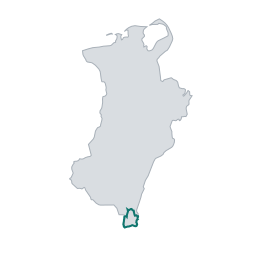 Koytendag, Chardzhou, Turkmenistan (highlighted), rotated 73°
{"feature_id": "10190150B64529450546528", "entity_name": "Koytendag", "entity_type": "district", "adm_level": 2, "iso_a3": "TKM", "parent_name": "Turkmenistan", "parent_adm1": "Chardzhou", "projection": "orthographic", "projection_center": [66.04, 37.77], "detail": "fine", "context": "in_parent", "style": "outline", "palette": "teal", "viewbox_px": 256, "rotation_deg": 73, "n_neighbors": 0, "source": "geoboundaries", "source_scale": "gbopen_adm2", "svg_char_len": 4659}
<svg xmlns="http://www.w3.org/2000/svg" viewBox="0 0 256 256"><g transform="rotate(73 128 128)"><path d="M78.2,80.3L88.9,82.1L92.2,82.8L93.7,81.4L93.7,81.0L93.2,80.6L92.5,79.4L92.6,72.0L93.6,71.1L94.8,70.4L96.5,68.2L97.4,67.6L98.7,67.1L102.8,67.4L104.6,67.1L106.3,64.5L106.7,63.0L107.9,61.9L108.6,62.0L111.2,63.3L111.8,63.9L112.5,65.9L113.6,65.8L113.8,65.5L113.7,65.1L113.0,63.8L111.5,61.5L109.9,60.0L109.8,59.5L111.4,58.5L114.2,59.2L115.0,59.0L115.9,57.3L119.4,61.5L120.1,61.9L123.1,62.7L123.5,63.3L124.4,65.6L125.4,66.3L126.7,66.8L132.1,67.3L133.7,68.9L134.0,69.3L133.5,70.3L133.3,72.4L132.8,73.2L133.1,73.5L134.9,74.5L136.0,75.9L136.1,76.5L135.7,76.8L134.8,76.6L134.3,77.2L134.3,78.2L134.9,79.3L135.0,80.2L133.9,82.3L133.8,83.2L134.1,83.7L138.8,87.3L139.6,87.4L144.5,87.1L145.4,87.5L149.6,88.4L150.8,88.4L151.6,87.4L152.4,87.0L153.1,87.0L155.1,87.8L157.2,89.3L158.5,90.6L159.2,91.8L160.8,98.2L162.0,100.8L163.5,102.2L164.4,104.7L165.1,110.2L165.7,111.3L167.9,113.5L179.6,122.7L183.2,126.7L188.7,130.6L190.8,130.2L195.2,134.3L198.0,135.9L201.6,138.4L209.2,143.9L210.9,144.1L212.7,143.4L214.3,143.8L217.2,145.2L220.4,147.3L223.0,148.0L223.8,149.0L223.8,149.5L222.3,152.2L222.1,155.6L222.3,160.1L221.6,160.2L216.3,158.9L211.4,156.1L210.2,157.0L209.6,158.0L208.3,161.9L201.5,162.1L197.5,164.0L193.7,176.8L192.9,178.3L190.6,180.4L186.6,182.4L186.0,183.2L185.9,184.0L185.4,184.2L183.2,184.1L174.9,186.7L173.1,186.7L172.3,186.9L172.0,187.4L172.8,189.9L172.1,190.7L171.5,191.9L171.0,194.1L165.4,197.4L164.3,197.8L162.1,197.4L160.9,197.7L159.7,198.7L159.2,198.4L159.0,197.3L158.4,196.5L155.1,193.6L151.2,193.8L149.7,193.5L148.6,193.0L146.9,191.3L145.8,189.7L144.6,189.9L144.3,189.1L144.3,188.3L144.7,187.3L144.7,185.3L144.0,183.9L143.3,183.3L144.3,181.1L144.4,179.4L143.9,177.6L143.8,175.0L144.1,172.4L143.4,171.1L132.1,170.6L128.4,164.4L126.8,162.9L121.4,160.0L120.0,158.5L118.8,157.0L118.6,154.9L118.1,153.7L117.2,153.4L113.0,150.8L111.3,150.0L108.9,150.4L107.6,149.6L105.8,150.4L105.1,150.4L103.4,149.7L101.4,147.4L99.6,146.4L95.9,144.7L93.2,144.0L90.9,143.0L90.7,142.6L90.8,140.8L90.6,140.1L90.0,139.1L89.1,138.3L85.0,138.0L83.2,137.1L81.7,136.9L78.5,136.7L77.4,137.1L76.7,137.6L76.2,139.3L75.8,139.5L72.6,139.2L66.0,138.1L63.1,138.6L58.5,140.8L55.8,142.8L54.9,143.7L53.0,147.5L52.3,148.0L51.3,148.4L50.5,148.3L46.3,149.4L44.7,149.6L40.8,148.9L40.7,142.9L40.9,138.1L42.2,131.7L42.6,127.6L44.0,121.3L44.0,119.8L42.4,116.7L42.4,114.8L41.2,114.5L39.4,112.6L37.6,111.7L36.7,111.5L35.7,111.9L34.9,112.7L34.7,111.2L34.9,109.6L36.9,106.7L37.7,107.7L38.8,108.3L41.8,108.5L41.7,107.3L40.3,106.0L40.2,104.5L40.5,103.1L41.1,101.7L40.8,101.1L40.1,100.6L38.5,100.5L34.5,99.4L33.8,100.9L34.6,103.3L33.1,100.5L32.2,97.8L31.8,94.7L32.2,91.4L34.5,86.5L36.7,80.3L37.9,83.2L38.9,84.6L41.3,85.7L42.5,85.7L43.9,85.1L45.2,85.5L46.8,88.6L48.2,89.1L51.3,88.4L52.7,88.3L53.9,89.0L55.2,89.1L54.8,87.8L54.7,86.5L55.6,85.9L57.8,86.9L59.8,86.4L60.1,86.1L60.5,85.1L60.5,82.9L60.2,81.9L59.3,80.5L55.6,76.9L54.3,75.5L53.4,73.7L52.4,67.2L51.6,63.0L51.1,62.5L48.7,61.8L44.1,62.2L42.5,61.7L41.7,62.1L39.7,63.5L38.6,64.8L36.9,68.0L37.6,69.2L36.1,74.6L36.1,77.1L35.9,77.2L35.0,74.1L33.6,70.8L32.8,66.1L36.0,63.5L38.6,61.8L41.3,60.6L44.0,59.9L50.0,59.0L53.2,58.8L55.8,59.1L57.7,60.3L62.5,64.6L64.6,67.0L65.2,67.9L65.6,69.9L68.7,76.8L69.6,77.8L70.8,80.0L72.3,80.7L78.2,80.3ZM33.1,121.0L32.9,121.8L32.5,119.1L32.5,116.3L33.1,115.6L33.6,115.7L33.0,116.6L33.1,121.0Z" fill="#d9dde1" stroke="#a8b0b8" stroke-width="1"/><path d="M206.0,152.2L206.5,152.3L207.0,152.3L207.5,152.3L207.9,152.4L208.3,152.8L208.9,153.2L209.1,153.3L209.8,153.8L210.8,154.4L211.7,154.8L212.2,154.9L212.6,155.1L212.3,155.2L211.9,155.7L211.7,156.1L211.6,157.3L212.4,157.7L213.6,158.1L214.6,158.7L215.8,159.1L216.7,159.6L217.8,160.2L218.5,160.5L219.0,160.7L219.4,160.7L219.9,160.6L220.4,160.5L220.8,160.5L221.1,160.8L221.4,160.7L221.8,160.2L222.2,160.1L222.2,159.5L222.1,159.1L222.2,158.5L222.1,157.7L222.1,157.2L222.5,155.9L222.4,155.0L222.5,154.2L222.4,153.7L222.2,153.0L222.2,152.2L222.6,151.7L222.9,151.3L223.4,150.8L223.8,150.2L224.0,149.8L224.2,149.2L224.2,148.7L224.0,148.3L223.4,147.8L223.0,147.5L222.5,147.7L221.8,147.3L221.2,147.5L220.6,147.7L219.8,147.2L219.0,146.9L218.6,146.5L218.3,145.7L218.2,145.8L217.3,145.3L216.7,145.1L216.2,144.6L215.8,144.4L215.5,144.2L215.4,144.2L215.4,144.7L215.4,144.9L214.4,145.2L213.9,145.6L213.9,147.0L213.3,147.1L212.3,147.1L211.1,147.0L210.4,147.0L209.8,146.9L209.5,146.7L208.6,146.7L208.3,147.3L207.4,148.0L206.5,148.2L206.4,148.4L206.3,149.1L206.5,149.7L206.6,150.3L206.8,150.8L206.7,151.3L206.2,151.9L205.8,152.2L206.0,152.2Z" fill="none" stroke="#0f766e" stroke-width="2"/></g></svg>